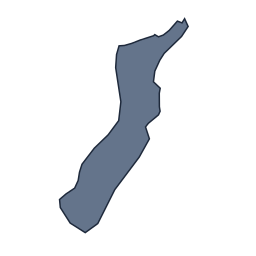 the Autonomous Monastic State of Ayion Oros, rotated 71°
{"feature_id": "GRC-2992", "entity_name": "Ayion Oros", "entity_type": "Autonomous Monastic State", "adm_level": 1, "iso_a3": "GRC", "parent_name": "Greece", "parent_adm1": "", "projection": "equal_earth", "projection_center": [24.14, 40.287], "detail": "fine", "context": "isolated", "style": "filled", "palette": "slate", "viewbox_px": 256, "rotation_deg": 71, "n_neighbors": 0, "source": "natural_earth", "source_scale": "10m", "svg_char_len": 667}
<svg xmlns="http://www.w3.org/2000/svg" viewBox="0 0 256 256"><g transform="rotate(71 128 128)"><path d="M48.4,72.3L51.7,69.5L51.6,64.3L49.1,57.2L43.0,46.5L46.2,42.7L43.1,38.9L51.6,38.1L58.9,47.6L69.2,69.5L74.2,75.8L82.9,84.1L92.6,88.9L100.9,84.6L105.3,87.1L118.1,91.4L122.6,92.2L125.5,94.9L130.2,107.3L132.7,111.1L145.2,111.3L159.1,126.8L182.0,160.6L208.5,187.7L213.0,202.5L199.1,213.6L181.2,217.9L173.3,216.0L170.1,207.9L167.5,198.0L161.4,192.2L153.9,188.2L147.3,183.3L136.1,166.4L128.0,149.0L118.0,134.4L100.9,126.2L66.9,120.0L54.8,114.9L47.4,109.7L48.8,104.5L49.2,97.0L48.8,87.8L49.1,73.7L48.4,72.3Z" fill="#64748b" stroke="#1e293b" stroke-width="1.5"/></g></svg>